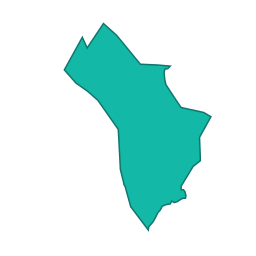 the district of Pau dos Ferros, Rio Grande do Norte, Brazil, rotated 210°
{"feature_id": "56859067B96737558006709", "entity_name": "Pau dos Ferros", "entity_type": "district", "adm_level": 2, "iso_a3": "BRA", "parent_name": "Brazil", "parent_adm1": "Rio Grande do Norte", "projection": "natural_earth1", "projection_center": [-38.202, -6.103], "detail": "fine", "context": "isolated", "style": "filled", "palette": "teal", "viewbox_px": 256, "rotation_deg": 210, "n_neighbors": 0, "source": "geoboundaries", "source_scale": "gbopen_adm2", "svg_char_len": 743}
<svg xmlns="http://www.w3.org/2000/svg" viewBox="0 0 256 256"><g transform="rotate(210 128 128)"><path d="M43.1,95.9L44.0,98.4L46.8,101.3L49.1,102.3L50.9,101.0L52.9,104.1L52.4,127.3L49.0,135.8L50.9,139.0L61.4,155.7L61.8,179.2L70.2,179.3L92.3,172.3L101.4,176.7L116.9,184.5L120.5,188.5L124.4,193.9L125.5,197.4L123.2,199.3L122.4,202.7L133.8,197.4L149.2,189.4L184.0,202.5L201.5,206.2L203.4,176.9L212.9,183.7L212.2,146.5L195.6,140.9L181.3,139.6L167.9,136.9L135.7,121.9L120.0,97.8L113.9,88.3L105.3,79.4L103.4,77.2L100.7,75.4L86.3,61.2L59.4,49.8L60.6,52.7L59.4,59.2L59.4,63.6L59.8,69.4L59.0,73.3L59.3,77.2L57.0,80.4L53.4,83.5L53.7,86.6L50.7,86.5L48.3,89.1L47.4,91.2L45.6,94.3L43.1,95.9Z" fill="#14b8a6" stroke="#0f766e" stroke-width="1.5"/></g></svg>